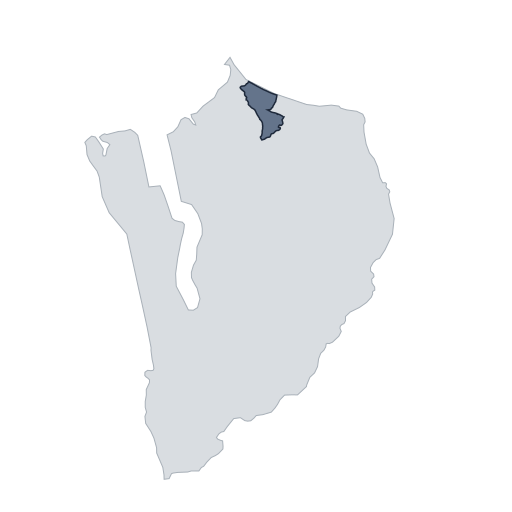 location of Tivaoune, Thiès, Senegal, rotated 78°
{"feature_id": "50182788B62483410284412", "entity_name": "Tivaoune", "entity_type": "district", "adm_level": 2, "iso_a3": "SEN", "parent_name": "Senegal", "parent_adm1": "Thiès", "projection": "albers", "projection_center": [-16.699, 15.086], "detail": "fine", "context": "in_parent", "style": "filled", "palette": "slate", "viewbox_px": 512, "rotation_deg": 78, "n_neighbors": 0, "source": "geoboundaries", "source_scale": "gbopen_adm2", "svg_char_len": 8143}
<svg xmlns="http://www.w3.org/2000/svg" viewBox="0 0 512 512"><g transform="rotate(78 256 256)"><path d="M394.2,233.8L400.5,244.3L399.3,249.5L398.0,257.0L401.6,262.4L405.6,265.8L408.6,269.0L411.9,273.5L412.6,282.4L412.1,288.9L414.2,291.8L416.1,295.4L415.8,298.5L414.7,301.2L410.9,304.9L410.4,311.6L416.9,319.6L421.0,324.0L421.0,326.5L422.2,329.2L425.2,332.4L427.1,331.6L429.0,328.9L429.9,327.1L435.3,327.8L437.9,328.5L441.5,333.8L442.8,337.3L443.8,341.7L447.5,347.1L450.8,350.9L451.5,353.4L454.4,356.6L452.8,364.0L453.1,367.7L451.4,377.6L451.1,382.2L451.3,383.9L455.7,387.3L455.3,392.3L450.9,391.5L443.3,391.1L428.1,394.1L422.9,393.1L412.9,393.7L405.8,395.3L396.8,398.7L389.8,398.0L385.9,395.5L381.0,395.8L375.3,394.6L369.3,392.2L363.8,391.1L357.8,386.6L355.0,385.9L353.1,387.1L351.5,388.6L349.8,389.6L346.6,388.8L345.3,385.8L346.3,382.8L346.5,380.5L345.0,379.3L341.4,379.0L335.6,379.1L326.2,378.3L324.0,377.7L303.0,377.3L281.2,377.4L262.7,377.6L239.4,377.7L223.0,377.8L207.7,377.8L196.0,383.9L183.2,390.6L166.0,394.1L146.2,392.9L139.9,393.8L133.3,396.8L128.5,398.9L121.7,400.2L112.9,399.1L109.3,399.8L107.1,396.8L104.6,391.9L106.2,388.4L111.5,386.1L119.6,383.1L123.8,384.7L126.3,384.7L126.8,382.8L126.0,381.8L119.9,379.2L116.7,375.8L114.1,377.8L111.9,382.0L110.0,383.3L107.2,384.4L105.7,381.6L105.0,378.8L106.2,376.7L105.6,364.6L106.4,358.2L106.0,352.6L109.8,348.9L113.4,346.6L127.5,346.4L140.6,346.2L153.3,346.3L166.2,346.4L167.4,335.2L171.5,334.3L177.6,333.1L188.9,331.7L201.6,330.3L204.3,328.1L206.3,324.3L207.6,321.0L210.2,319.5L213.8,320.6L218.4,322.4L223.3,325.0L228.8,327.5L232.5,329.0L241.4,332.9L256.5,338.3L269.0,340.3L283.9,336.1L294.7,333.4L296.0,328.6L294.3,323.9L286.2,319.7L275.2,320.3L271.8,321.5L266.7,323.0L263.7,323.6L258.5,322.6L251.9,319.0L247.7,315.3L241.9,313.6L235.1,311.9L224.0,304.2L218.3,302.9L212.9,302.5L202.5,304.1L192.3,308.3L187.0,317.7L176.9,317.6L155.2,317.4L135.4,317.2L119.0,317.8L117.3,311.1L113.4,305.6L107.1,301.0L105.7,296.7L107.9,293.0L114.0,289.9L115.4,287.7L112.2,288.0L107.4,290.0L104.1,290.1L103.8,284.2L98.4,276.6L92.4,263.6L85.6,258.3L80.0,247.8L74.0,243.7L68.5,241.9L63.9,242.2L62.1,247.0L56.3,240.1L64.3,237.7L81.3,229.1L100.9,204.4L118.3,175.1L120.6,168.2L122.7,162.9L124.1,150.9L126.6,143.8L129.0,142.4L131.9,137.0L135.4,127.4L139.5,122.1L144.0,121.0L147.5,121.4L150.0,123.4L157.3,124.6L169.5,125.0L178.9,123.6L185.5,120.2L194.2,118.5L205.0,118.4L210.7,116.9L211.2,114.2L212.6,113.3L214.9,114.4L217.0,114.0L219.0,112.0L221.0,111.8L223.0,113.5L232.0,113.9L248.1,113.1L263.1,118.0L276.9,128.6L284.0,135.6L284.5,139.2L286.8,142.8L291.0,146.4L294.7,147.0L298.1,144.7L300.8,144.9L302.7,147.7L306.6,148.2L311.0,146.4L314.1,146.9L314.7,148.6L315.4,149.5L317.5,149.8L320.4,151.9L324.4,157.5L327.8,165.4L330.4,175.6L333.8,181.1L337.9,181.9L340.4,184.0L340.9,186.4L342.1,188.1L344.1,188.9L347.5,188.3L351.7,191.7L356.2,199.1L356.9,202.5L356.3,204.3L356.5,205.6L359.5,206.8L362.3,209.2L364.6,212.9L369.5,216.1L377.0,218.8L382.5,223.0L385.9,228.6L392.8,233.3L394.2,233.8Z" fill="#d9dde1" stroke="#a8b0b8" stroke-width="1"/><path d="M130.2,222.4L130.4,222.4L131.0,222.6L131.6,222.8L132.7,223.0L133.0,223.1L133.7,223.4L134.3,223.7L134.5,223.8L135.3,224.0L135.7,224.2L136.1,224.2L137.0,224.4L137.5,224.6L138.1,224.9L138.9,225.2L139.2,225.4L139.7,225.8L140.1,226.2L140.2,226.6L140.4,226.9L140.7,227.0L141.3,227.0L142.1,226.7L142.7,226.5L143.0,226.4L143.6,226.3L143.6,226.0L143.7,225.6L143.7,225.4L143.6,224.8L143.5,223.9L143.5,223.7L143.5,223.4L143.3,223.1L143.3,222.8L143.1,222.6L142.9,222.4L142.9,222.0L142.6,221.3L142.4,220.8L142.4,220.3L142.4,219.7L142.4,219.1L142.5,218.2L142.4,217.7L142.2,217.5L141.9,217.2L141.5,216.8L141.3,216.7L140.6,216.3L140.3,216.1L140.1,216.0L140.0,215.9L139.8,215.6L139.7,215.4L139.7,215.1L139.7,214.7L139.7,214.3L139.7,214.1L139.7,213.7L139.5,213.3L139.3,212.9L139.2,212.7L138.9,212.2L138.4,211.6L138.2,211.3L138.0,210.9L137.8,210.6L137.7,210.3L137.7,209.9L137.6,209.6L137.6,209.1L137.7,208.9L137.7,208.4L137.8,208.1L137.7,207.7L137.6,207.4L137.4,206.8L137.2,206.5L136.9,206.1L136.3,205.7L136.0,205.6L135.6,205.7L135.3,205.8L135.2,206.2L135.1,206.8L135.0,207.1L134.9,207.2L134.6,207.3L134.3,207.2L134.1,207.1L133.8,206.9L133.5,206.7L133.2,206.3L133.0,206.1L132.8,205.8L132.8,205.4L133.1,205.1L133.3,204.8L133.5,204.3L133.4,204.0L133.3,203.6L132.9,203.1L132.6,202.8L132.4,202.4L131.8,202.1L130.8,202.1L129.5,202.1L128.9,202.2L128.2,202.2L127.8,201.8L127.4,201.3L127.2,201.1L126.8,200.7L126.5,200.4L126.2,200.1L125.9,199.9L125.9,200.0L125.6,200.3L125.3,200.6L125.0,200.8L124.1,201.7L123.8,202.1L123.5,202.5L123.2,202.8L123.0,203.0L122.7,203.3L122.6,203.6L122.4,203.8L122.1,204.2L122.0,204.4L121.8,204.8L122.0,204.9L122.0,205.2L122.0,205.4L121.9,205.5L121.7,205.8L121.3,206.0L121.0,205.9L120.9,206.1L120.5,206.7L120.1,207.4L119.7,208.2L119.3,209.2L118.9,210.0L118.7,210.5L118.4,211.0L118.0,211.5L117.6,211.9L117.2,212.3L116.9,212.6L116.6,213.0L116.4,213.3L115.8,213.9L115.5,214.3L115.6,212.7L115.7,212.2L115.7,211.6L115.5,211.0L115.3,210.6L115.2,210.5L114.8,210.3L114.5,210.1L114.5,209.9L114.2,209.0L113.9,208.8L113.2,208.4L112.6,207.9L112.2,207.6L110.9,206.3L110.6,206.1L110.2,205.9L109.9,205.7L109.6,205.3L109.4,204.9L109.0,204.6L108.2,204.3L107.4,204.0L107.2,203.8L106.2,203.4L105.1,202.9L104.1,202.5L103.0,202.1L102.6,202.7L102.2,203.3L102.0,203.8L101.8,204.1L101.6,204.4L101.4,204.8L101.0,205.3L100.8,205.6L100.6,206.1L100.3,206.5L100.1,206.8L99.9,207.1L99.6,207.5L99.2,208.1L98.9,208.5L98.6,208.9L98.4,209.2L98.1,209.6L97.8,210.0L97.5,210.3L97.3,210.7L97.0,211.0L96.8,211.2L96.4,211.8L96.2,212.2L96.1,212.3L95.9,212.4L95.6,213.0L95.2,213.5L94.8,214.0L94.7,214.1L94.6,214.4L94.4,214.6L94.2,214.8L93.9,215.0L93.7,215.3L93.5,215.6L93.4,215.8L93.1,216.2L92.6,216.7L92.4,216.9L92.0,217.4L91.8,217.7L91.4,218.1L91.2,218.4L90.9,218.8L90.7,218.9L90.6,219.1L90.4,219.3L90.3,219.5L90.2,219.6L90.0,219.9L89.8,220.0L89.6,220.2L89.5,220.4L89.4,220.5L89.2,220.6L89.1,220.8L88.9,221.0L88.7,221.3L88.5,221.5L88.4,221.6L88.2,221.9L88.1,222.0L87.9,222.1L87.8,222.3L87.7,222.4L87.6,222.5L87.4,222.8L87.1,223.0L87.0,223.3L86.9,223.4L86.8,223.5L86.7,223.5L86.4,223.8L86.2,224.0L86.1,224.3L85.9,224.4L85.9,224.5L85.7,224.7L85.7,224.8L85.5,225.0L85.4,225.2L85.3,225.3L85.2,225.4L85.1,225.5L84.9,225.7L84.8,225.8L84.7,225.9L84.7,226.0L84.4,226.2L84.3,226.3L84.2,226.4L84.1,226.5L84.0,226.8L83.9,226.8L83.8,227.0L84.4,227.5L85.0,228.0L85.4,228.4L85.5,228.9L85.5,229.0L85.5,229.5L85.8,229.7L86.3,230.3L86.8,230.9L87.2,232.3L87.1,232.7L87.0,233.4L87.0,233.9L86.9,234.3L86.9,234.7L86.9,235.0L87.0,235.1L87.0,235.3L87.1,235.5L87.3,235.7L87.6,236.2L87.7,236.4L87.9,236.4L88.2,236.4L88.4,236.4L88.7,236.3L88.8,236.3L89.0,236.2L89.4,236.0L89.7,235.8L90.1,235.5L90.7,235.1L90.8,235.1L90.9,234.9L91.0,234.9L91.2,234.6L91.4,234.6L91.5,234.5L91.6,234.3L91.7,234.2L91.9,234.1L92.1,234.0L92.2,233.8L92.4,233.7L92.6,233.6L92.7,233.4L92.9,233.3L93.0,233.3L93.2,233.2L93.3,233.1L93.5,233.1L93.8,233.1L94.0,233.1L94.3,233.2L94.5,233.3L94.9,233.4L95.0,233.5L95.3,233.5L95.5,233.5L95.9,233.6L96.0,233.6L96.3,233.5L96.4,233.4L96.6,233.4L96.8,233.4L97.1,233.2L97.3,233.1L97.6,232.9L97.8,232.8L97.9,232.6L98.1,232.7L98.3,232.6L98.5,232.4L98.8,232.2L99.0,232.2L99.3,232.2L99.4,232.3L99.5,232.4L99.7,232.5L99.8,232.6L100.0,232.8L100.3,233.0L100.4,232.9L100.5,232.9L100.9,232.9L101.1,233.0L101.1,232.9L101.5,232.6L102.2,232.2L102.7,232.0L103.2,231.8L103.8,231.6L104.1,231.5L104.3,231.5L104.6,231.6L104.9,231.6L105.4,231.8L105.8,231.9L106.2,232.0L106.4,231.9L106.7,231.7L107.0,231.6L107.5,231.2L107.8,231.0L108.0,230.8L108.3,230.6L108.9,230.3L109.3,230.0L109.7,229.8L110.1,229.5L110.3,229.3L110.7,228.9L110.9,228.6L111.6,227.8L112.3,227.2L112.8,226.9L113.0,226.8L113.0,226.7L113.7,226.5L114.5,226.3L115.6,226.0L116.3,225.9L117.3,225.6L118.1,225.4L119.0,225.1L119.6,224.8L120.6,224.5L120.8,224.4L121.6,224.1L122.1,223.9L122.7,223.9L123.1,223.9L123.3,223.7L123.7,223.4L124.2,223.1L124.4,222.9L124.5,222.9L125.0,222.7L125.4,222.5L125.9,222.4L126.2,222.3L126.6,222.2L127.0,222.1L127.4,222.1L127.9,222.2L128.4,222.2L129.1,222.4L129.6,222.3L129.9,222.4L130.2,222.4Z" fill="#64748b" stroke="#1e293b" stroke-width="1.5"/></g></svg>